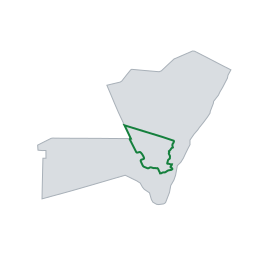 Jordan, with Amman highlighted, rotated 197°
{"feature_id": "JOR-851", "entity_name": "Amman", "entity_type": "Province", "adm_level": 1, "iso_a3": "JOR", "parent_name": "Jordan", "parent_adm1": "", "projection": "robinson", "projection_center": [36.094, 31.647], "detail": "fine", "context": "in_parent", "style": "outline", "palette": "green", "viewbox_px": 256, "rotation_deg": 197, "n_neighbors": 0, "source": "natural_earth", "source_scale": "10m", "svg_char_len": 2426}
<svg xmlns="http://www.w3.org/2000/svg" viewBox="0 0 256 256"><g transform="rotate(197 128 128)"><path d="M78.4,63.4L82.4,64.3L84.7,66.4L88.5,72.3L94.5,74.1L96.9,75.7L100.2,78.9L104.2,80.0L116.9,82.0L127.0,75.4L135.5,69.8L145.1,63.5L151.7,59.2L162.9,51.9L170.3,47.2L180.0,41.1L189.5,35.1L192.3,44.9L195.0,54.5L197.8,64.5L200.5,74.2L197.6,75.1L199.9,82.5L203.6,81.3L207.6,80.5L209.4,85.2L203.9,90.5L198.4,95.7L197.1,96.3L189.9,98.4L175.2,102.8L165.3,105.8L152.7,109.6L142.2,112.7L131.8,115.8L122.2,118.7L127.7,124.7L136.2,134.0L141.8,140.2L148.5,148.1L154.4,155.2L160.7,162.7L156.3,165.3L149.1,169.5L148.4,170.2L147.7,171.0L144.8,178.5L142.4,184.4L141.6,185.2L131.5,187.3L121.2,189.5L114.7,190.9L112.8,192.4L108.6,199.8L104.2,207.4L96.9,213.6L88.8,220.5L86.8,220.9L81.0,219.9L71.0,218.1L61.3,216.3L54.7,215.1L46.6,213.7L47.8,207.8L47.5,204.7L49.4,194.4L50.6,189.5L51.1,185.9L53.9,178.6L53.6,176.3L54.2,167.9L53.9,166.2L55.2,161.7L57.6,155.0L59.9,149.3L60.7,146.7L63.1,141.3L65.2,134.6L64.1,131.0L63.8,130.3L64.6,126.1L65.7,119.2L66.2,115.5L67.5,110.6L69.8,106.5L68.7,96.7L68.9,91.5L70.3,85.5L69.5,78.5L70.2,68.5L70.3,67.6L71.2,66.4L71.8,65.8L76.4,63.7L78.4,63.4Z" fill="#d9dde1" stroke="#a8b0b8" stroke-width="1"/><path d="M123.7,118.2L122.2,118.7L127.1,124.1L132.0,129.4L132.1,129.5L92.0,129.5L80.6,129.2L80.2,128.8L80.1,128.3L80.2,127.4L80.3,126.8L80.6,125.9L80.7,125.5L80.6,124.9L80.4,124.1L79.4,122.5L79.9,122.1L80.1,121.9L80.4,121.6L80.5,121.3L81.2,119.3L81.4,118.8L81.9,118.0L82.1,117.8L82.0,117.5L81.7,117.2L81.5,116.9L81.4,116.6L81.6,116.2L81.6,115.8L81.4,115.3L79.7,113.5L79.5,112.8L79.2,111.6L79.1,111.2L79.2,110.8L79.4,110.5L80.0,109.7L80.2,109.3L80.3,108.9L80.2,105.7L79.9,105.4L79.7,105.4L79.2,105.6L78.7,105.7L76.8,105.7L75.4,106.1L75.4,105.3L75.5,104.8L76.0,103.5L75.9,103.1L75.7,102.8L74.9,102.7L74.4,102.5L74.0,102.3L73.7,102.0L73.6,101.6L73.9,101.1L74.4,100.6L76.6,99.5L77.6,98.8L79.2,96.8L79.8,96.3L81.2,95.9L81.8,95.6L83.0,94.4L84.1,94.0L84.9,95.2L85.8,96.0L87.1,97.6L87.8,98.1L88.3,98.2L89.0,97.8L89.5,97.7L90.1,97.7L91.9,97.1L94.4,97.1L95.1,96.9L95.6,96.6L96.3,95.8L96.8,95.4L97.6,95.2L101.5,95.6L102.3,95.9L103.1,96.6L105.2,98.9L106.3,100.3L106.3,101.0L106.0,101.6L105.0,102.2L104.1,102.9L103.8,103.3L103.8,103.8L104.0,104.2L105.0,105.4L106.7,107.0L108.3,108.1L109.2,108.5L109.9,108.4L111.7,107.3L112.3,107.1L113.0,107.3L123.5,118.2L123.7,118.2Z" fill="none" stroke="#15803d" stroke-width="2"/></g></svg>